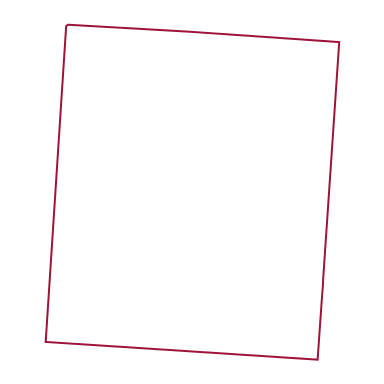 the district of Harper, Kansas, United States of America, rotated 274°
{"feature_id": "52423323B94384145116372", "entity_name": "Harper", "entity_type": "district", "adm_level": 2, "iso_a3": "USA", "parent_name": "United States of America", "parent_adm1": "Kansas", "projection": "robinson", "projection_center": [-98.075, 37.192], "detail": "fine", "context": "isolated", "style": "outline", "palette": "rose", "viewbox_px": 384, "rotation_deg": 274, "n_neighbors": 0, "source": "geoboundaries", "source_scale": "gbopen_adm2", "svg_char_len": 363}
<svg xmlns="http://www.w3.org/2000/svg" viewBox="0 0 384 384"><g transform="rotate(274 192 192)"><path d="M351.8,328.4L351.7,177.5L350.2,56.5L348.7,54.9L32.2,56.5L33.5,329.0L34.0,329.0L97.4,329.0L108.1,329.1L114.6,328.9L132.5,328.9L150.2,328.8L170.9,328.8L209.8,328.7L213.0,328.7L216.5,328.7L351.8,328.4Z" fill="none" stroke="#9f1239" stroke-width="2"/></g></svg>